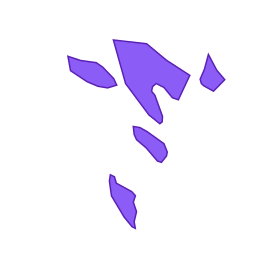 outline of Faroe Islands, rotated 17°
{"feature_id": "FRO", "entity_name": "Faroe Islands", "entity_type": "country or territory", "adm_level": 0, "iso_a3": "FRO", "parent_name": "Europe", "parent_adm1": "", "projection": "natural_earth1", "projection_center": [-6.816, 61.885], "detail": "fine", "context": "isolated", "style": "filled", "palette": "violet", "viewbox_px": 256, "rotation_deg": 17, "n_neighbors": 0, "source": "natural_earth", "source_scale": "50m", "svg_char_len": 886}
<svg xmlns="http://www.w3.org/2000/svg" viewBox="0 0 256 256"><g transform="rotate(17 128 128)"><path d="M171.7,59.6L167.9,86.3L161.6,86.1L150.5,78.7L142.0,77.2L139.4,81.2L139.8,85.9L144.2,88.9L157.6,106.8L158.9,112.1L157.2,114.6L144.2,109.4L112.7,86.2L88.3,48.1L121.2,42.0L145.1,52.0L171.7,59.6ZM86.0,77.2L99.8,84.9L104.7,90.3L96.8,95.6L87.1,96.9L75.4,95.7L56.3,90.0L49.6,77.0L62.9,77.3L78.5,74.8L86.0,77.2ZM161.3,215.8L164.3,221.8L160.7,221.2L150.2,214.2L132.0,197.7L125.7,184.1L124.8,177.9L129.3,178.6L133.0,184.2L150.3,187.8L154.9,190.6L154.8,197.4L160.6,205.5L161.3,215.8ZM173.0,143.6L170.0,151.1L165.8,151.0L151.2,141.7L139.6,136.7L135.8,132.4L132.6,125.0L139.2,124.1L147.1,125.8L167.0,132.5L172.6,139.5L173.0,143.6ZM206.4,53.5L199.0,67.8L188.1,65.5L185.1,64.0L182.7,60.2L183.9,49.6L183.4,34.2L196.0,46.8L206.4,53.5Z" fill="#8b5cf6" stroke="#5b21b6" stroke-width="1.5"/></g></svg>